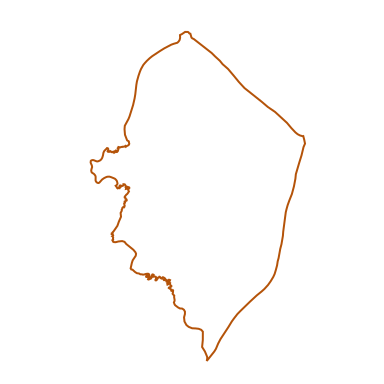 the district of Naxaithong, Vientiane [prefecture], Laos, rotated 219°
{"feature_id": "54806243B89658590845208", "entity_name": "Naxaithong", "entity_type": "district", "adm_level": 2, "iso_a3": "LAO", "parent_name": "Laos", "parent_adm1": "Vientiane [prefecture]", "projection": "natural_earth1", "projection_center": [102.482, 18.185], "detail": "fine", "context": "isolated", "style": "outline", "palette": "amber", "viewbox_px": 384, "rotation_deg": 219, "n_neighbors": 0, "source": "geoboundaries", "source_scale": "gbopen_adm2", "svg_char_len": 6023}
<svg xmlns="http://www.w3.org/2000/svg" viewBox="0 0 384 384"><g transform="rotate(219 192 192)"><path d="M300.1,306.4L298.3,304.4L297.3,302.4L297.1,300.6L297.3,298.8L299.4,295.8L300.8,293.5L303.9,286.3L305.6,281.4L308.4,272.5L309.1,269.3L309.6,265.7L309.8,262.4L309.8,260.0L309.0,255.4L308.2,252.7L306.7,248.6L304.4,243.3L302.7,240.3L297.6,232.3L295.5,228.6L292.5,222.5L288.1,211.4L287.3,208.7L285.9,201.2L284.0,198.4L280.1,194.3L275.1,191.4L274.6,191.3L273.3,191.6L272.9,191.5L272.3,190.9L271.1,190.0L270.8,189.0L270.9,188.3L271.2,187.5L271.4,187.2L271.9,186.0L271.9,185.4L272.2,185.4L272.5,185.7L272.8,185.8L272.9,185.2L273.3,184.5L273.7,184.1L274.2,183.8L274.3,183.4L275.4,182.4L275.7,181.6L276.1,181.3L276.3,180.9L276.6,181.0L276.8,180.7L277.3,180.8L277.5,180.7L277.2,179.9L276.9,179.7L277.0,179.5L277.3,179.5L277.3,179.3L276.6,179.2L276.1,178.9L275.4,177.2L275.4,176.7L275.6,176.7L276.0,177.1L276.3,177.0L276.4,176.5L277.3,176.3L277.3,176.0L277.1,175.9L276.1,175.7L275.9,175.5L276.0,175.4L276.3,175.3L277.2,174.9L277.0,173.9L277.1,173.7L277.4,174.0L277.7,174.7L278.0,174.7L278.4,173.8L278.4,173.4L278.8,173.3L279.0,173.2L279.1,172.6L279.8,172.3L280.5,172.5L281.0,172.2L281.4,172.3L281.6,172.0L281.2,171.6L281.3,171.4L281.7,171.3L282.1,170.7L282.6,170.4L283.2,170.5L283.4,171.7L284.0,172.6L284.3,172.8L285.1,173.0L285.7,172.6L285.7,171.6L286.0,168.9L285.9,168.1L285.5,166.7L284.2,164.4L283.3,162.1L283.1,160.9L283.1,159.7L283.3,158.7L284.2,156.9L284.9,156.1L285.7,155.7L288.6,154.8L289.5,154.1L290.1,153.2L290.2,152.5L289.4,151.2L288.7,150.7L286.7,149.7L285.8,149.0L285.3,148.5L284.5,146.5L283.8,145.2L282.7,144.3L281.9,144.1L281.2,144.1L280.3,144.3L279.3,144.3L278.3,144.1L277.6,143.9L277.0,143.6L276.4,143.1L274.3,140.4L273.6,139.9L272.3,139.5L271.5,139.6L270.6,139.9L270.2,140.3L269.9,141.1L269.7,145.2L269.0,147.6L268.0,149.7L267.4,150.6L265.8,152.0L264.3,152.6L261.4,153.5L260.1,153.8L259.0,153.7L258.0,153.5L257.0,153.1L255.3,151.8L254.9,150.8L255.0,149.3L255.2,148.8L253.3,148.3L252.8,148.4L252.5,148.6L252.3,148.5L252.3,148.0L252.0,148.0L251.8,148.3L251.6,148.9L251.3,149.1L251.5,149.7L251.4,149.9L250.9,149.6L250.7,149.6L250.8,150.3L250.7,150.7L251.1,150.8L251.8,150.7L252.1,151.1L252.0,151.9L251.1,152.3L250.6,152.2L250.3,152.7L249.7,153.1L249.6,154.0L250.2,154.9L249.1,155.6L248.3,155.4L247.5,155.1L247.0,154.7L246.8,154.0L245.8,153.7L245.3,152.8L244.9,153.3L244.8,154.1L244.9,154.6L245.4,155.4L243.9,156.0L243.6,156.0L243.2,155.7L243.2,155.2L243.9,155.1L244.0,154.9L243.6,154.4L243.3,154.2L243.1,153.6L242.4,153.3L242.2,153.0L241.7,152.7L241.4,152.7L241.2,151.7L241.1,149.6L241.4,148.5L241.3,147.5L241.4,146.4L241.3,145.9L240.9,145.4L240.2,145.6L239.4,144.8L238.5,145.1L237.7,144.7L237.4,144.3L237.5,143.9L238.0,143.2L238.4,142.2L238.2,141.9L237.6,141.8L237.3,141.6L237.3,141.4L237.5,141.2L237.4,140.7L237.5,140.6L237.5,140.4L237.1,140.2L236.6,139.5L235.9,139.2L235.5,138.6L235.7,137.8L235.2,137.6L235.2,137.3L235.8,137.2L236.0,137.0L236.1,136.1L236.1,135.7L235.6,134.9L235.5,134.0L234.8,133.3L234.3,130.8L231.6,128.1L230.2,123.0L228.7,118.8L228.2,112.4L228.2,111.6L228.3,110.9L227.9,110.4L228.4,109.4L228.0,108.8L227.3,109.3L226.6,108.9L226.3,108.9L226.0,108.7L226.2,107.4L225.3,107.4L224.7,107.1L224.1,106.1L223.2,105.3L223.3,104.8L223.5,104.4L221.9,103.7L221.0,104.0L219.7,105.0L218.0,107.3L215.4,109.9L213.1,110.8L210.3,110.2L201.2,110.2L198.1,109.6L196.6,108.8L195.6,107.0L195.1,101.6L194.1,99.0L191.6,94.0L190.4,93.6L189.4,94.2L186.1,94.0L183.8,94.2L181.7,95.4L180.4,95.5L179.1,96.5L178.1,96.9L177.3,97.7L176.2,99.4L174.8,100.8L174.2,101.0L173.5,101.0L172.8,100.5L172.8,100.0L173.5,99.7L174.0,99.8L174.7,99.5L174.9,98.9L174.5,97.4L174.2,97.2L173.9,97.3L173.4,97.8L173.4,98.9L171.6,99.3L171.2,98.8L171.5,97.4L171.3,96.5L170.9,96.5L170.6,96.7L169.4,99.0L169.5,99.7L169.8,100.3L170.2,100.6L170.6,101.5L170.9,102.9L170.6,103.3L169.6,103.5L169.3,103.1L169.3,101.7L168.9,101.6L167.9,102.7L167.4,103.0L166.9,103.3L166.4,103.2L166.0,102.9L165.3,101.7L165.2,100.8L164.8,100.4L164.5,100.5L164.1,101.0L164.1,101.8L164.6,103.0L164.6,103.3L164.3,103.4L164.5,104.1L164.1,104.6L164.1,105.6L163.8,105.8L163.3,105.8L162.4,105.4L161.9,105.4L161.5,105.7L161.2,105.6L160.9,105.7L160.9,106.0L161.3,106.3L161.2,107.2L160.9,107.5L160.2,107.7L159.0,107.8L158.6,107.8L158.8,106.5L158.8,106.0L158.6,105.9L158.2,105.9L157.4,107.0L156.4,107.5L155.6,106.3L155.0,106.4L154.8,107.8L154.8,109.2L154.4,109.5L153.6,109.7L153.3,108.7L153.9,107.4L153.9,106.2L153.7,105.3L152.8,104.6L152.4,105.5L152.2,107.0L152.0,107.4L151.7,107.5L151.3,106.8L150.3,106.2L150.0,105.9L148.9,106.0L148.6,105.6L148.7,105.1L148.9,104.6L149.2,104.4L149.5,103.8L149.8,103.1L149.7,102.8L149.4,102.8L148.3,102.9L147.4,103.2L147.0,103.1L146.5,102.6L145.8,102.2L145.5,102.4L145.4,103.1L145.1,103.2L145.1,103.7L144.9,103.7L144.7,103.6L144.3,102.9L143.7,102.2L143.2,100.9L142.8,100.6L141.8,100.6L141.4,100.3L140.6,100.3L139.8,99.1L137.5,97.1L136.9,96.1L136.6,94.8L134.8,93.7L133.8,93.4L130.2,93.5L128.1,93.9L126.3,95.2L124.2,95.4L122.2,94.6L120.7,92.7L119.3,89.6L116.3,86.6L112.6,85.1L109.7,85.1L106.1,86.2L103.4,88.2L100.7,89.9L98.1,90.7L95.7,90.3L94.0,88.2L90.4,83.7L86.6,77.9L81.6,76.2L76.6,73.5L75.6,72.5L74.2,70.0L74.3,82.1L74.7,85.2L76.3,90.7L77.3,95.7L78.7,109.8L79.6,116.5L79.8,120.3L79.9,125.7L79.5,130.0L77.9,143.4L76.6,152.4L75.3,158.5L74.7,162.2L74.4,167.6L74.7,172.2L75.4,177.2L76.2,180.3L77.7,184.0L79.7,188.5L81.8,192.1L83.1,195.1L87.6,203.3L89.6,207.7L93.8,215.2L96.1,218.5L106.4,235.3L107.9,238.5L109.4,242.0L111.0,246.6L113.1,253.3L116.3,260.5L120.0,267.4L122.5,271.2L127.2,282.5L129.9,289.3L133.6,297.1L134.5,300.3L134.6,300.7L137.5,303.1L140.6,305.4L140.7,305.2L143.7,303.9L146.3,303.4L149.1,303.4L155.0,304.2L161.7,305.5L177.9,306.5L186.5,305.8L194.9,306.0L216.6,305.8L224.8,307.0L232.5,308.6L241.4,310.3L248.7,310.6L252.9,311.5L259.4,311.9L264.2,312.4L286.9,312.0L288.5,311.6L289.6,311.7L292.9,314.0L293.6,313.6L294.1,313.6L295.1,313.9L295.9,313.8L298.1,312.1L299.2,308.4L300.1,306.4Z" fill="none" stroke="#b45309" stroke-width="2"/></g></svg>